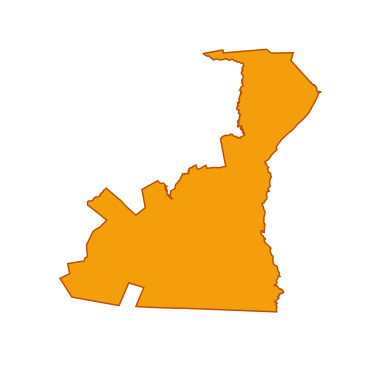 Voi, Coast, Kenya, rotated 79°
{"feature_id": "3690345B74422593765563", "entity_name": "Voi", "entity_type": "district", "adm_level": 2, "iso_a3": "KEN", "parent_name": "Kenya", "parent_adm1": "Coast", "projection": "robinson", "projection_center": [38.488, -3.338], "detail": "fine", "context": "isolated", "style": "filled", "palette": "amber", "viewbox_px": 384, "rotation_deg": 79, "n_neighbors": 0, "source": "geoboundaries", "source_scale": "gbopen_adm2", "svg_char_len": 5987}
<svg xmlns="http://www.w3.org/2000/svg" viewBox="0 0 384 384"><g transform="rotate(79 192 192)"><path d="M304.0,224.6L325.8,131.8L325.4,131.6L324.5,131.5L323.1,131.7L321.5,130.6L318.7,131.1L318.2,130.7L318.0,129.9L317.4,129.7L316.9,129.8L316.0,131.5L315.1,131.6L314.8,130.2L312.7,127.0L312.2,126.9L311.3,127.7L310.9,127.8L310.4,126.2L309.4,126.4L309.0,126.1L309.0,124.9L308.5,123.5L308.4,121.6L308.1,121.3L306.8,121.5L304.8,122.5L303.3,125.0L300.3,126.5L300.1,127.1L300.1,128.4L299.7,128.8L298.6,128.4L298.4,126.7L298.1,126.3L297.0,125.9L295.0,126.1L294.4,125.8L293.3,124.4L291.8,123.9L291.5,123.1L291.7,121.7L290.0,122.5L287.8,121.6L286.4,122.4L285.5,122.6L284.5,122.7L282.8,122.5L281.2,122.7L280.7,123.0L279.9,124.5L278.1,125.7L276.6,125.8L273.4,125.5L270.5,124.6L269.4,125.9L268.1,125.8L266.8,126.4L265.6,126.5L263.7,126.4L263.0,125.5L261.8,125.4L255.8,129.7L252.9,130.5L252.5,129.3L252.0,128.9L251.6,128.9L250.6,130.2L248.7,130.5L247.4,131.9L244.7,132.2L243.4,131.7L243.2,130.5L243.8,129.8L244.3,129.8L245.0,130.3L245.2,130.1L245.5,129.4L245.4,128.7L243.1,128.4L241.4,127.6L239.4,127.6L238.6,126.7L237.3,126.6L235.2,127.4L232.7,126.6L230.4,126.3L228.7,125.2L225.3,124.0L222.9,124.9L220.5,124.8L217.8,125.4L217.2,125.7L216.7,125.0L216.4,123.3L215.0,122.6L214.3,121.4L212.9,119.9L211.4,119.4L210.1,119.6L209.3,119.2L207.8,119.2L207.1,118.6L206.1,118.4L205.6,117.9L206.2,116.2L206.0,115.8L205.6,115.9L204.8,116.7L203.2,116.8L201.4,114.3L196.3,113.8L194.7,112.7L193.4,112.5L192.3,111.1L190.8,111.7L189.7,111.2L188.6,111.4L187.6,112.3L187.7,113.2L187.5,113.3L186.5,113.1L183.4,113.4L182.7,112.1L180.3,113.8L178.5,113.7L178.3,114.4L177.7,114.3L177.0,115.2L176.8,115.2L176.3,114.6L174.7,110.8L172.6,108.4L171.4,107.5L169.2,104.6L167.0,100.9L166.2,100.5L164.9,100.8L163.6,100.5L162.4,99.4L157.7,94.3L153.1,87.0L149.3,79.9L145.8,75.9L141.5,68.7L137.5,63.3L135.9,62.0L135.9,61.6L135.2,61.0L122.9,51.0L120.1,49.4L119.6,48.9L118.7,48.9L118.4,45.9L117.6,47.9L117.7,48.9L117.5,49.3L117.0,49.6L116.9,50.0L116.3,50.2L114.8,49.9L112.0,50.1L111.0,51.3L110.0,51.6L109.7,53.0L109.4,53.2L106.9,54.4L106.5,55.0L81.9,69.8L74.6,66.1L70.8,87.8L66.2,91.6L61.5,134.2L61.5,134.5L60.8,134.6L59.0,134.5L58.4,134.8L58.2,154.6L58.5,154.6L59.2,153.7L60.4,152.7L60.6,152.5L61.8,150.5L61.6,150.1L62.0,149.2L64.2,147.7L65.1,146.3L66.2,146.2L66.3,144.4L66.1,143.6L66.5,141.1L67.6,139.7L67.8,138.4L67.9,135.9L67.7,134.4L67.3,134.0L67.3,133.3L67.6,132.8L68.3,132.6L69.9,130.0L69.4,128.3L69.5,127.2L70.0,126.1L71.1,125.7L71.9,123.5L72.6,123.4L73.9,120.2L75.0,119.3L74.9,118.4L75.5,117.1L76.3,116.8L77.0,117.2L77.4,117.0L78.0,117.8L78.4,118.0L78.8,118.0L79.0,118.4L80.3,119.4L80.8,119.3L81.9,118.5L82.3,118.6L82.5,118.8L82.6,119.7L84.0,120.7L84.3,120.6L85.0,120.9L85.8,120.4L86.3,120.5L86.9,120.0L87.7,119.9L88.2,119.5L90.4,120.5L91.0,121.4L92.0,121.9L92.8,121.7L92.8,121.1L93.0,121.1L93.8,121.4L94.0,122.2L94.4,122.3L94.6,122.0L96.0,121.8L96.9,121.5L97.4,121.5L98.1,123.3L99.7,125.0L100.3,124.8L101.4,125.0L101.4,125.6L101.9,125.1L103.2,125.2L102.7,124.5L102.9,124.4L104.4,124.6L104.8,125.1L105.1,125.0L105.5,125.3L105.5,126.1L106.4,126.0L107.4,127.3L108.7,127.3L109.6,128.3L111.8,127.8L112.1,128.1L112.1,128.7L112.4,129.0L113.3,128.7L113.9,128.9L113.8,129.2L113.0,129.6L113.2,130.4L113.8,130.2L113.8,129.9L114.2,129.7L115.5,130.8L116.0,130.0L116.8,131.1L117.5,131.4L117.9,132.0L119.6,132.1L120.5,130.0L121.3,130.6L123.4,131.4L123.9,130.2L124.3,130.5L125.3,130.6L125.8,129.7L126.3,130.1L126.3,130.6L127.4,131.3L128.1,131.0L129.9,132.1L130.0,131.6L130.5,131.8L130.9,132.5L130.7,132.9L131.4,133.9L131.6,133.9L131.9,132.7L132.1,132.7L132.4,133.3L132.1,133.6L132.2,133.8L133.0,133.8L134.0,133.2L134.1,133.7L134.6,133.7L135.1,134.5L136.4,134.7L136.8,134.5L136.9,134.0L136.9,133.7L136.1,132.8L136.8,131.5L136.3,131.0L136.5,130.6L137.5,130.5L137.8,131.1L137.5,131.5L137.6,131.9L138.9,132.3L139.0,131.8L138.7,131.3L139.3,130.5L139.8,131.0L139.7,131.5L140.0,131.9L141.3,131.1L141.4,130.9L141.0,130.3L141.2,130.0L142.0,130.0L142.6,130.6L143.3,130.2L143.4,130.9L144.3,130.6L144.5,129.5L145.6,130.1L146.1,129.6L147.1,132.0L147.3,133.5L148.4,134.4L148.3,134.6L147.8,134.7L147.7,134.9L147.5,136.1L147.2,136.4L147.5,137.2L146.5,137.6L146.3,138.4L145.5,138.7L145.5,140.0L144.6,140.7L143.7,140.8L142.9,142.0L143.1,142.3L142.5,143.1L142.7,143.4L143.3,143.7L143.2,144.3L143.5,144.8L142.7,148.3L142.8,149.2L143.3,149.7L143.1,150.5L143.3,151.0L143.9,151.4L144.0,152.3L144.9,153.0L145.2,153.9L173.4,154.0L173.2,155.6L173.4,160.7L172.1,165.9L171.6,173.1L170.2,172.9L168.4,173.4L170.5,179.4L170.8,181.8L170.1,182.5L166.3,183.0L166.3,183.8L166.7,184.4L166.9,185.6L167.3,186.6L168.1,187.3L168.1,188.0L167.7,188.7L168.8,190.6L169.9,190.5L170.4,191.6L171.3,191.5L171.7,191.9L173.0,191.6L173.3,191.7L172.8,193.0L172.8,194.5L173.2,195.6L172.7,195.7L172.8,196.2L172.3,197.4L172.5,198.0L173.7,198.2L173.9,198.9L178.0,201.8L178.6,203.2L179.3,203.3L180.0,204.5L180.9,205.4L181.4,206.6L185.4,208.1L186.9,212.7L192.5,214.4L192.6,213.6L194.3,213.6L194.8,212.7L195.0,213.4L194.3,214.2L193.0,214.4L192.0,215.5L190.6,215.3L190.0,215.9L190.2,216.6L189.6,216.6L188.6,217.0L188.0,217.0L187.7,216.6L186.9,216.7L186.6,216.2L185.8,216.1L185.6,216.2L185.8,216.6L185.6,217.1L184.7,217.8L184.6,217.3L184.0,216.4L183.5,217.2L183.2,217.1L183.2,216.6L182.8,216.6L182.5,217.2L182.9,217.6L182.3,217.4L182.0,217.6L181.4,217.5L181.4,215.8L180.5,216.9L178.9,217.6L177.7,218.7L177.6,219.2L177.8,220.5L177.1,221.9L174.4,223.5L180.0,240.7L198.5,240.8L204.0,251.6L191.7,260.8L188.6,262.2L171.9,275.5L173.8,278.8L174.6,279.2L176.3,281.9L177.1,282.8L177.8,282.6L178.3,282.9L178.9,285.5L178.6,287.8L178.9,288.8L181.7,291.6L181.1,295.4L181.8,296.4L184.1,296.9L184.8,297.0L196.1,287.1L203.5,281.1L208.1,288.0L208.7,288.6L210.3,293.6L212.0,296.8L224.0,305.7L235.4,306.9L236.4,309.6L239.1,311.1L238.6,327.7L248.9,327.7L251.6,338.1L272.2,330.0L289.6,285.3L269.1,271.4L276.6,257.6L293.7,268.9L297.4,254.1L303.2,229.0L304.0,224.6Z" fill="#f59e0b" stroke="#b45309" stroke-width="1.5"/></g></svg>